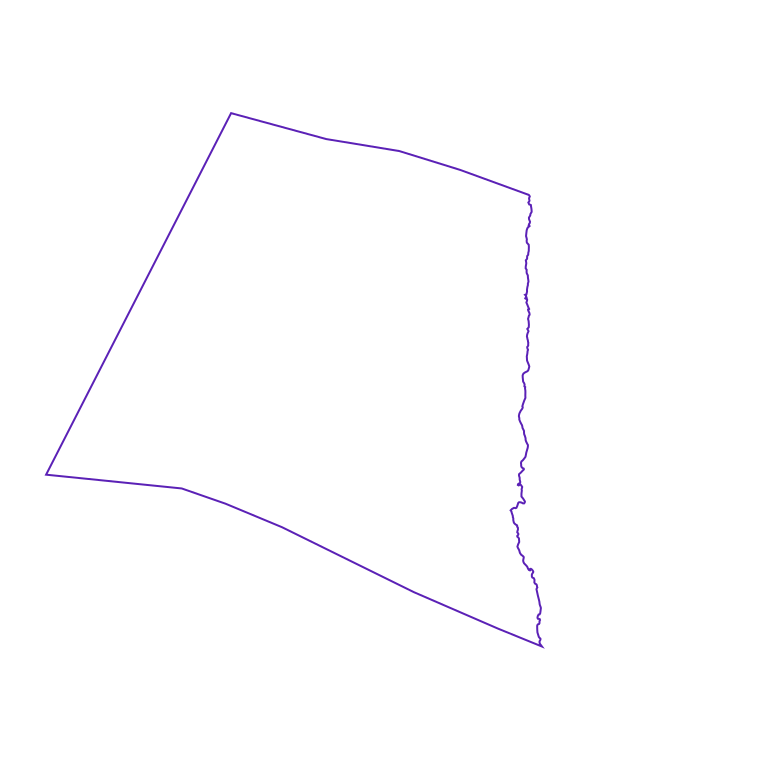 Marsa Alam, Al Bahr al Ahmar, Egypt (orthographic projection), rotated 27°
{"feature_id": "37247803B19297711577028", "entity_name": "Marsa Alam", "entity_type": "district", "adm_level": 2, "iso_a3": "EGY", "parent_name": "Egypt", "parent_adm1": "Al Bahr al Ahmar", "projection": "orthographic", "projection_center": [35.034, 24.707], "detail": "fine", "context": "isolated", "style": "outline", "palette": "violet", "viewbox_px": 768, "rotation_deg": 27, "n_neighbors": 0, "source": "geoboundaries", "source_scale": "gbopen_adm2", "svg_char_len": 4593}
<svg xmlns="http://www.w3.org/2000/svg" viewBox="0 0 768 768"><g transform="rotate(27 384 384)"><path d="M643.9,546.2L643.5,546.0L642.6,545.5L641.6,545.1L640.5,544.4L639.7,543.3L639.4,542.6L639.5,541.5L639.4,540.7L639.2,540.1L638.8,539.8L637.9,539.6L636.8,539.1L633.5,535.7L632.3,533.7L631.3,531.9L630.3,530.0L630.1,529.1L630.3,528.2L631.1,527.4L631.1,526.5L630.7,525.7L630.2,524.6L630.2,523.5L629.5,522.8L628.6,523.0L627.8,523.3L626.9,522.7L626.7,522.1L626.4,521.1L626.4,519.2L627.2,518.7L627.3,517.5L626.7,515.7L625.5,512.4L624.8,511.6L623.8,510.7L622.8,509.7L621.1,507.2L619.2,505.0L617.1,502.6L614.4,499.3L613.0,497.6L612.9,496.8L613.0,495.7L612.4,495.1L611.5,493.9L610.9,493.4L610.4,493.3L609.8,493.3L609.2,493.3L608.1,492.6L607.7,491.7L607.2,490.6L606.8,489.9L605.6,489.0L604.1,489.1L603.3,488.6L602.8,487.8L602.2,486.5L602.2,485.9L602.3,484.9L602.4,484.0L602.1,483.3L601.0,482.6L599.8,482.1L598.7,482.0L598.3,482.3L598.7,483.1L598.8,483.7L598.4,483.9L597.5,483.9L596.1,483.1L594.6,481.8L593.5,481.3L591.8,480.7L590.3,480.2L589.2,479.4L588.3,478.4L587.9,477.4L587.4,475.5L587.1,474.8L586.4,474.4L585.2,474.1L583.5,473.8L582.6,473.2L581.8,472.8L580.1,470.9L578.9,470.0L577.7,469.2L576.7,468.3L576.3,466.0L576.2,463.4L574.4,460.4L573.4,459.8L572.1,459.5L571.7,458.9L572.0,457.7L571.9,456.7L571.3,456.2L570.1,455.7L569.7,454.6L569.5,453.1L569.1,452.2L568.4,451.1L567.4,450.7L567.0,449.8L566.6,449.5L566.0,449.4L565.3,449.5L563.5,449.0L562.6,448.5L561.0,446.6L560.2,445.0L559.1,444.0L558.9,443.4L558.6,443.0L556.2,440.7L555.4,439.7L554.2,439.1L554.6,437.8L554.8,437.2L555.4,436.3L556.0,435.4L556.9,435.0L557.6,434.9L558.2,434.2L558.1,432.2L557.8,430.2L557.6,429.0L557.9,428.2L558.8,427.6L560.4,427.2L561.9,427.3L563.0,426.8L563.2,425.7L562.9,424.7L562.4,424.4L559.9,422.9L557.6,421.9L556.5,419.8L556.1,418.9L555.2,416.4L554.4,415.3L553.9,413.0L553.3,412.6L552.3,412.1L551.3,411.6L550.4,411.5L550.2,411.8L550.4,412.7L550.1,413.2L549.1,413.2L548.9,412.5L549.3,411.6L549.9,410.9L550.1,410.0L549.8,409.3L548.3,407.6L547.4,405.9L546.3,404.8L545.6,403.9L545.3,402.9L546.1,401.0L546.9,398.2L547.3,397.2L547.3,396.3L546.8,395.9L545.9,396.0L544.5,395.7L543.4,394.7L542.8,393.5L541.9,392.2L541.6,390.6L542.3,389.0L542.7,387.1L542.9,386.0L543.1,384.6L542.5,382.4L541.9,380.4L541.4,377.7L541.0,375.6L540.4,373.9L539.9,373.0L538.8,372.3L536.7,370.7L535.6,369.6L534.7,368.0L533.1,366.3L531.7,365.1L530.8,363.7L530.1,362.3L528.8,361.3L527.4,360.3L526.4,358.9L525.7,358.1L524.5,357.3L522.7,356.0L521.5,355.0L520.6,354.1L520.1,353.0L518.9,351.6L518.5,350.7L518.0,348.7L518.0,345.7L518.4,343.3L518.3,342.1L518.0,341.5L517.4,341.1L517.0,339.0L516.5,335.3L516.3,332.2L515.1,330.0L513.8,327.3L513.0,325.8L511.6,323.8L511.2,322.6L510.2,322.4L509.8,321.4L509.6,320.8L508.7,319.8L506.9,318.7L504.5,315.0L503.6,313.3L503.5,311.4L504.3,309.8L505.1,308.7L506.0,307.5L506.3,306.4L506.1,305.0L505.8,303.6L505.5,302.4L504.4,301.3L503.4,300.4L501.4,298.7L500.7,298.0L499.5,295.9L498.7,294.6L498.0,292.1L497.4,290.5L497.0,289.6L496.9,288.6L496.6,287.9L495.9,287.5L495.0,286.4L494.8,285.8L495.0,285.1L495.0,284.2L494.4,283.1L494.1,282.4L493.7,281.5L493.3,281.2L492.3,279.7L491.3,278.7L490.7,277.8L489.9,277.0L489.2,275.2L488.9,273.5L488.8,271.4L488.4,271.0L486.7,269.9L486.9,269.1L487.2,267.9L487.2,267.7L486.2,265.4L484.3,262.3L482.8,260.6L482.5,259.0L482.1,257.3L482.3,256.2L481.4,254.8L480.5,254.1L479.7,253.5L479.0,252.9L478.6,252.3L479.2,251.8L479.3,251.3L478.1,250.4L475.5,248.1L473.9,246.8L473.6,244.7L473.1,243.6L472.6,243.3L471.7,243.7L471.0,243.6L471.0,242.8L471.8,242.3L471.6,242.0L470.8,241.6L470.4,240.8L469.2,240.5L469.4,240.2L470.2,239.5L469.5,236.7L468.6,235.1L467.7,232.4L467.3,230.5L466.6,229.2L466.3,227.3L465.4,225.9L464.1,224.1L462.8,221.9L461.7,221.1L460.7,220.3L459.7,218.5L459.3,217.5L457.7,216.6L456.9,214.8L456.1,212.1L455.5,211.1L454.2,209.4L454.6,207.7L454.4,206.8L454.0,206.2L453.5,205.0L453.8,203.4L453.0,201.6L452.6,199.8L450.8,196.0L449.7,194.2L447.1,193.2L446.1,191.7L445.6,190.2L444.5,188.9L443.4,187.7L442.2,184.6L441.3,182.1L441.0,180.0L441.5,178.3L442.0,177.2L441.3,176.6L440.9,176.9L440.6,175.6L440.8,174.5L440.5,173.2L438.3,171.2L437.6,169.9L437.8,167.5L437.3,166.1L437.4,163.6L436.5,162.0L435.5,160.5L434.6,159.3L434.2,158.8L433.7,157.9L432.7,157.9L431.9,158.1L431.0,157.4L430.2,156.7L430.5,155.5L430.4,154.6L430.0,154.1L429.1,153.0L428.8,152.0L428.8,150.8L428.1,150.2L427.5,149.9L427.1,149.8L354.5,158.7L291.9,169.5L221.3,192.0L124.8,212.1L124.1,618.2L251.2,568.9L297.1,562.6L358.1,557.9L505.2,555.9L596.7,550.2L643.9,546.2Z" fill="none" stroke="#5b21b6" stroke-width="2"/></g></svg>